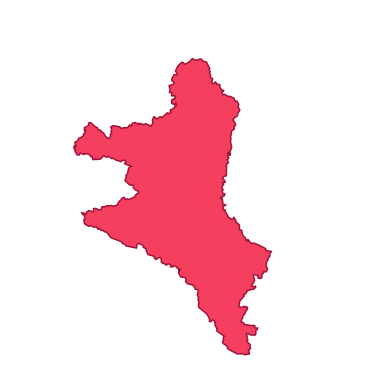 the border of Amur, rotated 208°
{"feature_id": "RUS-2609", "entity_name": "Amur", "entity_type": "Region", "adm_level": 1, "iso_a3": "RUS", "parent_name": "Russia", "parent_adm1": "", "projection": "orthographic", "projection_center": [128.173, 52.947], "detail": "fine", "context": "isolated", "style": "filled", "palette": "rose", "viewbox_px": 384, "rotation_deg": 208, "n_neighbors": 0, "source": "natural_earth", "source_scale": "10m", "svg_char_len": 6020}
<svg xmlns="http://www.w3.org/2000/svg" viewBox="0 0 384 384"><g transform="rotate(208 192 192)"><path d="M119.4,176.0L115.9,174.3L113.7,175.8L108.5,176.5L100.6,176.6L99.2,175.2L94.0,176.7L94.1,174.0L93.1,171.5L93.8,168.8L93.1,168.0L93.3,165.1L91.6,160.8L90.5,160.7L89.0,159.2L89.0,157.1L89.5,155.8L91.2,155.5L91.0,153.2L91.5,151.7L90.1,149.2L91.2,147.6L93.0,147.1L93.8,147.7L94.3,149.2L98.0,148.4L98.4,147.8L98.4,146.7L95.2,143.3L95.6,141.9L94.8,140.7L95.6,139.4L95.1,137.9L95.3,136.7L92.5,137.7L91.7,138.6L91.1,138.0L91.6,135.6L96.7,131.1L96.8,127.4L98.5,125.7L97.1,124.7L98.4,119.1L98.5,117.0L97.8,116.1L97.3,113.4L95.4,112.9L94.0,113.3L93.0,115.0L91.5,115.8L90.1,115.6L89.6,116.3L88.4,115.4L88.1,114.2L88.6,112.7L88.1,108.8L89.2,106.6L88.1,105.0L88.3,102.5L87.4,100.4L85.2,100.7L83.8,99.9L82.2,100.0L75.7,102.4L74.9,103.3L73.6,103.3L72.9,102.1L71.9,101.6L70.3,102.8L69.7,101.5L70.4,100.1L70.2,98.7L69.0,96.6L69.3,94.9L70.6,94.8L72.3,93.5L77.1,93.0L77.4,91.8L75.4,90.6L75.5,89.3L73.3,87.8L73.7,87.3L73.6,86.0L68.9,84.5L68.4,83.0L66.9,81.2L67.3,80.0L68.0,79.5L68.1,78.7L66.9,78.2L66.7,77.1L65.7,76.9L65.4,75.7L69.3,72.9L71.4,72.9L76.0,70.3L85.4,70.2L87.4,70.7L88.2,72.3L93.4,72.9L94.8,74.4L94.9,76.6L95.9,77.8L96.1,78.8L95.7,79.9L104.6,80.8L106.4,83.6L109.2,85.2L109.3,86.1L110.6,87.3L110.9,88.6L114.0,88.6L114.5,86.3L115.9,85.9L116.3,87.2L118.1,89.1L122.0,91.4L131.9,93.3L132.9,94.6L134.0,97.7L136.2,99.8L136.8,102.4L138.7,103.2L139.6,105.4L139.8,107.6L140.7,108.5L143.5,107.7L145.1,109.3L148.0,110.2L152.8,108.9L155.7,110.0L155.9,111.4L157.5,113.3L162.1,111.7L165.9,114.2L166.1,115.4L166.9,116.4L165.9,116.4L165.8,117.9L169.4,117.9L171.7,119.0L173.0,118.4L173.8,116.8L174.9,116.2L176.1,116.1L176.0,117.3L176.7,117.9L179.4,117.4L180.2,116.5L180.0,115.9L180.4,115.3L183.4,115.8L184.4,115.2L186.4,115.9L187.2,117.8L189.1,119.3L190.7,118.5L191.4,116.4L192.4,115.5L194.0,115.9L194.2,117.1L196.3,117.3L201.4,116.1L204.6,118.5L205.9,120.4L209.0,120.3L209.1,121.1L210.3,121.8L213.5,121.9L215.1,121.3L215.7,120.0L215.8,118.6L214.7,117.1L214.8,116.4L224.7,113.5L227.8,114.5L229.2,113.8L230.9,115.0L242.0,113.6L248.9,116.6L250.2,115.8L252.7,116.3L254.3,115.4L256.5,116.3L257.2,115.1L260.3,116.1L262.7,114.7L265.6,114.9L267.3,113.1L272.1,113.5L274.5,116.8L273.8,118.0L274.1,118.6L276.4,120.9L278.1,120.8L279.5,121.9L276.6,123.0L275.2,122.4L274.9,123.4L275.5,125.2L274.3,127.3L270.1,127.9L269.9,129.0L271.1,130.9L270.8,131.5L268.7,132.4L265.5,132.4L263.9,134.1L264.6,136.1L264.3,136.9L261.3,138.6L260.9,139.9L259.2,140.8L258.5,140.4L257.1,142.2L254.7,142.5L251.7,145.7L252.2,147.8L250.6,154.2L249.4,155.4L247.4,154.2L245.8,155.6L244.3,155.7L240.5,160.5L240.1,164.5L238.8,165.8L238.8,166.7L239.6,167.4L242.9,167.2L246.1,168.5L246.8,169.9L247.9,170.5L249.0,169.3L250.9,169.0L256.5,170.6L257.1,174.2L258.1,175.8L257.6,177.9L259.1,183.2L258.8,184.9L257.7,186.1L264.8,185.3L264.6,187.4L265.6,188.3L267.8,187.9L269.1,185.4L274.0,184.5L277.7,184.7L278.6,183.8L282.5,184.3L283.6,182.6L287.3,182.3L288.1,178.3L292.2,175.5L293.3,175.8L294.0,174.3L295.2,174.4L296.8,176.4L297.9,175.7L298.5,176.4L301.8,177.0L304.2,175.4L305.2,175.6L305.3,174.2L308.8,173.9L309.1,173.3L308.8,171.8L310.7,170.8L314.3,172.9L314.6,174.7L315.8,174.4L316.0,175.2L317.4,175.8L317.5,177.4L316.1,177.3L315.9,178.5L317.4,179.1L318.6,180.8L318.3,182.0L317.1,182.9L316.9,184.7L317.5,186.1L316.4,186.7L314.3,190.4L315.0,192.3L314.1,192.6L314.2,194.5L315.7,195.5L314.8,196.6L316.6,196.9L317.2,198.4L315.0,201.4L314.8,203.2L315.6,204.0L315.2,205.3L313.6,205.6L307.4,204.1L305.9,204.4L303.8,203.0L301.6,203.7L300.7,202.8L297.6,202.5L294.4,200.5L291.4,199.8L290.1,201.5L290.2,203.4L291.2,204.5L290.6,206.6L292.1,207.7L292.1,209.5L294.3,211.3L292.8,213.6L286.9,215.5L283.7,215.0L282.9,216.4L279.5,218.3L278.8,219.3L278.6,221.9L276.5,221.7L277.1,224.6L274.5,226.8L273.4,226.2L271.2,227.7L270.4,226.8L269.0,228.7L267.1,228.3L264.8,230.6L259.1,230.9L259.4,231.7L258.9,233.4L259.3,235.0L260.7,236.9L261.1,240.4L260.1,240.7L258.0,239.8L257.0,240.6L255.5,243.5L253.3,243.9L251.0,250.3L249.0,250.6L248.4,251.4L248.2,252.7L249.0,253.0L249.6,254.7L248.7,255.3L247.0,258.6L247.3,259.8L246.3,261.2L247.9,262.9L248.3,260.9L251.6,260.8L253.1,263.6L252.1,265.4L250.6,266.4L250.6,267.1L251.7,267.9L251.6,268.7L252.9,269.0L253.7,268.0L255.3,267.5L256.4,270.3L258.6,269.3L259.4,272.2L261.6,274.4L262.1,275.5L261.0,275.8L260.2,277.5L259.2,278.1L259.1,280.4L262.0,280.9L263.0,282.3L262.9,287.3L260.5,288.5L261.0,289.7L263.4,291.0L263.6,296.5L261.9,301.8L260.2,302.1L259.1,301.4L257.5,302.1L254.8,307.3L254.9,308.4L254.3,310.0L251.4,309.8L248.5,311.6L247.6,313.1L246.0,313.8L244.0,312.6L240.4,313.6L234.1,309.1L234.0,307.5L232.4,306.7L232.4,305.0L230.5,304.2L229.8,302.0L226.8,301.6L226.3,298.8L225.4,297.8L223.4,297.7L223.4,299.3L222.8,300.2L220.4,298.8L218.0,299.9L216.2,297.3L214.0,296.2L211.7,296.5L211.6,295.6L212.4,294.7L212.5,293.8L210.0,292.4L209.2,293.5L204.6,293.4L203.4,294.4L199.1,294.5L196.7,292.7L194.6,293.2L191.7,291.0L191.3,288.7L188.7,287.2L188.1,286.3L188.6,283.4L187.7,280.4L189.3,277.3L189.7,275.0L185.4,272.4L184.9,271.5L185.5,269.0L184.2,267.5L185.7,264.3L184.3,261.4L184.3,259.2L183.0,258.1L181.7,254.7L177.9,250.0L177.4,245.8L178.9,242.9L177.7,242.4L176.8,244.5L176.0,244.1L175.8,242.3L177.4,241.3L177.6,240.4L175.6,239.6L175.5,238.4L176.2,237.0L173.5,235.0L174.4,233.3L174.1,231.8L174.4,231.1L173.1,230.2L169.6,223.0L169.6,222.0L170.9,221.3L171.7,218.8L167.4,216.7L167.4,215.8L169.7,214.5L167.5,213.3L168.2,211.5L166.9,209.0L165.6,208.8L165.8,206.9L163.6,205.1L162.3,205.8L161.7,204.5L161.9,203.3L163.4,202.5L162.9,201.1L164.1,200.4L163.8,199.8L161.9,200.0L160.0,197.5L159.5,195.8L156.2,196.3L157.8,193.6L155.9,191.2L154.1,191.7L153.4,190.4L147.4,186.6L143.8,186.8L143.1,187.4L143.3,189.0L142.8,189.3L141.7,187.9L140.3,188.0L139.2,186.2L135.0,185.2L133.9,184.0L132.5,181.0L130.2,181.5L127.7,178.4L126.1,177.3L123.2,176.5L121.7,174.8L120.4,176.2L120.0,176.0L120.6,175.4L120.4,175.0L119.7,174.8L119.4,176.0Z" fill="#f43f5e" stroke="#9f1239" stroke-width="1.5"/></g></svg>